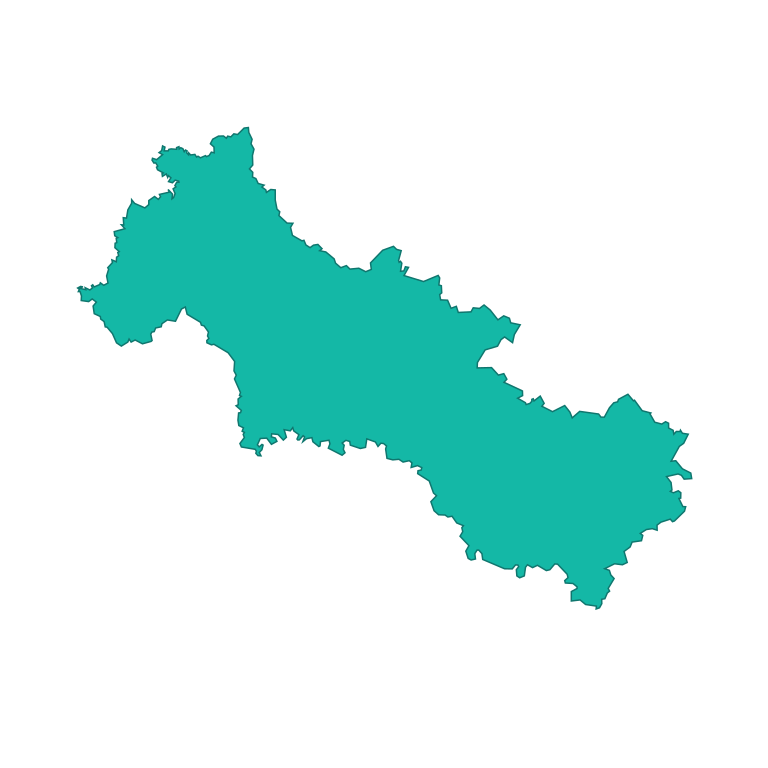 outline of Joe Gqabi, Eastern Cape, South Africa, rotated 215°
{"feature_id": "47623444B23123045321242", "entity_name": "Joe Gqabi", "entity_type": "district", "adm_level": 2, "iso_a3": "ZAF", "parent_name": "South Africa", "parent_adm1": "Eastern Cape", "projection": "robinson", "projection_center": [27.656, -30.899], "detail": "fine", "context": "isolated", "style": "filled", "palette": "teal", "viewbox_px": 768, "rotation_deg": 215, "n_neighbors": 0, "source": "geoboundaries", "source_scale": "gbopen_adm2", "svg_char_len": 6109}
<svg xmlns="http://www.w3.org/2000/svg" viewBox="0 0 768 768"><g transform="rotate(215 384 384)"><path d="M620.9,264.4L617.9,271.4L618.6,274.6L615.2,273.3L613.1,277.3L604.9,278.4L599.2,285.3L598.9,286.6L603.7,291.1L603.9,293.4L602.3,295.1L603.2,298.9L599.3,303.1L600.5,306.0L598.2,312.2L590.8,315.8L592.9,329.3L590.9,333.1L585.3,328.2L569.7,329.3L567.4,327.5L564.7,328.4L557.6,325.9L556.1,322.1L553.6,320.9L554.1,318.0L552.7,316.2L547.8,317.1L546.1,319.0L529.6,320.2L519.3,316.8L514.4,308.7L510.1,306.5L509.4,302.4L496.7,294.7L495.8,291.7L493.8,292.1L494.9,288.0L491.5,283.4L492.7,281.3L485.7,280.5L485.1,278.2L486.5,276.9L482.9,270.6L479.1,266.7L474.0,267.5L473.1,263.9L470.6,264.3L470.4,261.9L467.7,260.1L467.9,252.6L464.7,250.6L452.1,256.6L450.1,255.9L449.2,253.7L446.2,253.0L443.6,254.6L446.9,256.4L446.3,260.1L448.0,264.6L449.3,264.5L450.2,260.9L452.8,261.5L454.1,268.4L449.0,272.4L441.6,270.0L438.8,275.6L442.0,277.4L446.0,276.1L447.4,278.8L441.8,281.9L434.3,280.3L433.4,284.4L439.6,289.3L433.9,291.9L433.7,295.9L431.0,293.8L424.7,293.7L423.7,289.0L422.5,288.7L421.3,289.7L420.6,295.3L418.7,295.1L417.4,290.2L416.1,294.8L412.3,298.7L409.1,295.9L401.5,295.4L400.9,296.6L403.0,300.4L396.8,306.4L394.0,304.0L392.8,299.5L377.5,301.6L376.5,305.3L379.8,307.1L381.5,311.0L384.4,311.7L382.9,316.0L379.1,317.3L376.5,314.6L366.4,317.6L362.8,321.5L366.6,329.2L357.8,331.6L353.1,329.4L352.6,333.7L350.2,335.0L346.4,334.7L345.4,331.7L338.9,324.8L333.3,326.9L328.6,330.9L323.6,331.0L319.3,335.7L315.9,335.4L313.9,331.2L309.7,336.4L305.1,337.2L304.2,334.8L306.4,332.5L305.0,329.9L291.3,330.5L280.9,323.1L276.9,322.6L278.1,314.5L270.3,308.9L264.3,308.2L258.8,311.7L255.4,311.7L252.4,314.7L244.7,311.9L237.7,313.5L237.8,310.9L234.8,308.2L234.4,302.9L221.7,300.3L221.1,294.0L215.0,289.4L211.7,289.8L208.7,293.1L212.3,297.1L212.5,301.3L211.1,302.3L206.5,301.2L202.5,296.9L179.3,301.8L172.9,306.1L172.5,311.2L170.5,312.5L168.9,311.6L169.1,307.8L165.1,303.0L161.7,303.1L159.0,307.3L163.0,315.1L162.8,318.2L157.0,318.8L154.3,323.5L144.0,324.3L141.6,327.0L140.9,334.5L138.5,336.0L124.8,333.2L122.2,330.9L123.2,326.6L121.3,325.0L114.8,329.0L109.5,328.6L108.6,327.2L111.5,321.4L106.1,313.7L99.5,319.6L92.4,319.0L82.6,323.9L81.2,321.4L79.1,324.3L79.6,329.0L82.2,332.5L79.9,334.8L81.2,340.9L80.4,343.7L83.1,345.1L83.9,356.6L88.7,357.7L92.5,360.6L97.3,359.3L92.0,369.0L85.0,372.7L82.4,377.3L91.3,384.5L88.9,391.7L90.1,396.8L83.2,403.3L85.2,408.4L88.4,408.6L85.6,415.3L81.2,419.4L76.4,420.9L79.4,425.0L77.9,429.7L72.0,437.5L68.7,436.7L67.5,438.4L64.9,452.2L66.5,456.5L68.9,455.0L76.8,459.4L75.5,460.7L78.5,465.2L81.7,465.3L84.5,460.9L87.9,460.3L87.3,462.3L92.4,468.0L99.5,470.2L91.5,479.0L88.0,479.8L83.6,478.2L77.7,483.0L81.6,487.0L90.9,485.7L101.0,488.5L104.5,485.4L106.3,502.3L104.5,507.3L106.0,517.4L111.3,514.8L114.7,516.2L114.3,514.8L117.3,512.8L117.8,509.1L120.6,511.9L125.6,511.2L128.4,515.1L131.7,514.6L133.5,510.5L140.3,508.0L149.0,512.1L148.8,513.3L157.2,510.2L169.5,514.4L170.0,513.3L178.3,515.5L183.1,506.0L182.4,503.4L185.0,500.4L185.7,493.9L184.5,483.2L187.3,481.3L191.0,482.5L208.0,473.8L210.4,464.2L215.6,467.6L223.6,470.0L230.1,458.0L241.9,456.3L241.7,460.0L249.1,463.7L251.4,456.2L253.3,457.5L254.1,456.2L253.0,454.6L253.4,451.7L255.8,448.7L257.4,449.8L266.4,449.0L263.8,454.0L266.6,457.7L286.7,454.2L286.1,458.4L291.8,461.2L295.4,456.9L305.3,459.1L316.9,450.6L319.8,455.2L320.7,470.0L312.7,480.1L313.6,487.4L312.2,491.7L302.4,491.6L305.6,499.3L306.4,510.6L315.3,506.8L319.0,509.8L325.0,508.5L327.5,501.9L339.4,505.5L347.4,506.1L349.1,500.7L354.6,497.6L354.1,493.0L364.2,485.2L369.3,489.1L372.5,484.5L380.0,489.1L385.9,485.4L389.7,489.2L389.0,491.8L393.4,497.4L395.9,496.6L399.2,502.8L401.9,504.0L410.4,490.6L429.8,484.3L430.8,493.6L433.7,492.3L432.6,488.0L435.1,485.8L438.7,493.2L440.9,494.0L441.4,492.4L442.9,493.5L446.4,503.1L450.9,501.5L455.2,502.2L461.8,492.8L464.5,475.4L460.1,470.6L463.4,465.5L471.0,464.4L477.8,458.6L482.7,459.4L486.1,454.5L493.0,455.2L496.6,457.9L507.4,458.8L513.2,456.3L512.4,459.3L518.2,460.4L521.4,457.3L522.8,453.3L527.7,453.1L532.0,455.8L533.3,454.2L544.2,453.2L550.4,458.7L550.8,463.4L555.7,460.2L566.7,461.7L568.2,465.3L572.0,465.9L578.6,472.3L584.4,480.6L588.3,478.4L590.2,473.5L592.1,475.2L597.0,475.3L596.3,478.1L602.1,476.1L606.8,478.8L610.4,478.1L612.9,482.1L617.6,483.0L617.1,488.1L622.8,495.7L625.2,501.8L630.7,504.5L632.4,508.8L639.0,512.5L642.2,516.3L645.4,513.4L647.0,504.4L650.5,502.8L651.2,498.6L654.2,497.4L654.1,494.9L657.7,495.1L661.8,492.1L664.7,486.3L664.0,481.2L659.2,480.6L655.7,476.0L658.4,474.9L658.3,470.8L659.9,468.4L661.2,468.7L664.1,464.0L667.0,463.9L667.7,462.4L670.6,463.6L673.8,460.7L676.5,461.3L675.6,459.7L678.2,460.2L679.0,462.0L680.8,461.8L680.9,459.7L683.7,461.4L686.0,461.0L686.6,459.1L688.1,460.8L689.5,458.7L688.5,457.3L693.2,454.5L694.8,452.8L694.5,451.2L697.8,448.9L699.3,452.4L701.9,452.0L700.0,447.7L701.0,444.5L696.9,444.9L698.9,437.4L703.1,436.1L702.4,434.3L699.2,433.0L697.8,434.2L694.3,432.7L694.7,431.1L692.4,429.6L685.9,430.3L686.5,429.0L684.6,427.0L682.8,431.2L679.7,429.2L680.1,431.0L676.8,430.7L676.6,426.2L672.7,427.5L672.0,431.2L668.6,432.5L667.7,431.7L669.5,430.2L669.1,426.6L667.5,426.1L668.7,422.9L664.3,420.1L663.3,416.0L663.9,414.1L666.1,418.2L672.4,419.5L669.9,418.0L676.7,410.5L674.4,409.2L674.8,405.8L679.5,406.0L681.9,399.4L679.6,396.0L680.9,391.1L691.8,388.9L696.4,390.2L694.4,387.3L693.7,379.7L690.1,372.2L693.0,370.7L688.4,365.0L690.4,363.8L685.3,362.6L692.4,354.1L689.6,351.0L686.0,351.2L686.9,349.7L684.0,346.5L685.0,345.1L682.6,341.3L676.8,340.6L677.5,339.0L674.9,336.9L675.8,334.5L673.4,330.6L678.1,329.6L676.1,327.7L677.0,320.8L675.4,320.1L673.2,313.4L668.0,308.4L670.2,304.1L674.4,304.2L673.9,302.4L677.1,297.3L679.5,298.2L680.0,296.7L677.9,295.5L678.9,292.3L684.0,291.5L682.4,290.2L689.1,287.5L686.3,290.9L688.5,289.9L690.0,286.9L687.8,286.8L687.4,284.4L686.0,285.4L682.3,282.6L679.9,278.7L673.2,282.1L671.8,286.3L666.6,286.1L667.0,281.0L661.7,275.4L655.1,276.6L653.3,274.7L649.1,274.6L645.1,270.9L643.4,271.7L635.3,269.5L626.7,264.3L620.9,264.4Z" fill="#14b8a6" stroke="#0f766e" stroke-width="1.5"/></g></svg>